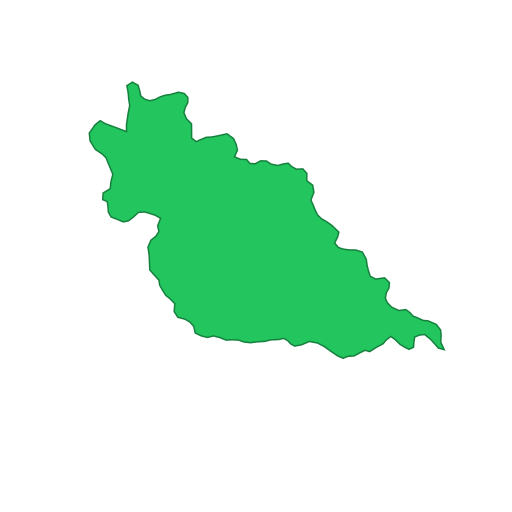 the district of Munhoz, Minas Gerais, Brazil, rotated 36°
{"feature_id": "56859067B13523271218385", "entity_name": "Munhoz", "entity_type": "district", "adm_level": 2, "iso_a3": "BRA", "parent_name": "Brazil", "parent_adm1": "Minas Gerais", "projection": "mercator", "projection_center": [-46.3, -22.635], "detail": "fine", "context": "isolated", "style": "filled", "palette": "green", "viewbox_px": 512, "rotation_deg": 36, "n_neighbors": 0, "source": "geoboundaries", "source_scale": "gbopen_adm2", "svg_char_len": 2393}
<svg xmlns="http://www.w3.org/2000/svg" viewBox="0 0 512 512"><g transform="rotate(36 256 256)"><path d="M53.8,188.0L51.4,194.1L56.5,198.9L60.7,203.8L65.3,208.4L68.6,215.5L74.1,226.0L78.1,231.5L62.7,235.7L56.1,237.6L50.4,238.1L48.7,244.5L48.9,254.6L54.1,260.4L63.4,264.2L71.7,263.9L76.9,264.7L92.1,274.0L95.2,281.6L98.5,287.2L95.3,294.9L98.9,300.5L103.6,299.4L107.1,302.9L110.7,307.2L115.8,309.6L122.2,307.9L128.6,306.4L132.1,302.6L134.0,296.3L135.2,289.9L139.9,285.9L144.2,284.3L150.7,282.2L156.7,281.6L158.7,289.4L163.1,293.3L163.4,298.9L161.7,305.0L163.4,312.3L169.2,318.3L173.4,323.6L178.3,329.7L185.4,331.3L191.7,332.6L195.2,336.2L200.9,338.8L206.3,340.9L211.2,341.1L218.3,342.3L222.5,349.1L228.8,351.5L235.9,348.8L241.6,348.3L247.1,349.6L252.1,354.0L258.7,352.8L264.6,350.4L268.5,345.7L274.6,343.3L281.3,341.6L286.1,337.7L291.5,334.2L296.9,332.6L302.5,329.4L307.7,324.5L313.3,319.9L317.3,315.1L323.4,310.3L326.8,306.4L331.4,305.8L335.8,306.7L340.3,306.1L345.0,301.1L349.4,293.8L357.0,290.2L364.8,289.1L372.1,289.1L381.0,288.8L386.6,287.5L389.3,283.2L394.0,279.3L396.9,273.4L399.6,268.2L404.2,266.5L407.0,259.3L410.4,252.3L410.7,247.4L412.4,241.8L417.7,241.8L424.3,242.8L430.0,242.4L434.6,241.6L437.1,237.3L434.2,232.6L432.0,228.3L434.6,224.0L438.6,220.4L446.4,220.8L453.0,222.2L457.7,223.3L463.3,221.1L456.2,217.2L452.3,211.3L448.9,207.4L442.0,205.4L433.4,207.3L429.0,209.9L423.4,211.0L418.4,212.3L413.8,211.3L408.7,211.3L403.7,216.1L395.7,217.7L389.8,216.6L385.6,214.3L383.0,209.1L382.4,203.8L379.6,199.1L372.9,198.1L366.3,204.4L360.2,205.2L355.2,201.5L351.4,198.3L347.1,193.8L339.7,190.3L333.2,192.5L328.0,196.2L322.6,199.1L317.7,200.7L312.0,199.3L310.9,192.8L309.0,188.0L304.5,187.4L299.9,186.7L293.4,186.7L287.1,187.4L281.7,186.6L277.1,184.2L272.9,181.6L267.5,178.4L265.4,170.4L260.2,165.4L252.8,165.2L248.6,159.3L242.7,158.0L237.7,162.0L232.4,162.7L227.5,162.0L223.6,165.9L220.5,169.9L214.3,172.8L208.6,173.0L203.8,176.3L201.1,181.9L196.7,184.7L191.6,183.5L186.6,186.9L180.3,188.4L178.8,181.3L174.4,177.4L168.7,174.2L160.7,174.2L154.6,181.1L150.1,185.9L145.9,189.3L143.0,194.1L140.4,198.6L134.6,198.4L130.1,192.3L126.1,186.9L119.1,185.9L113.4,182.4L111.4,177.3L110.7,172.1L107.7,167.8L102.4,166.7L97.0,169.1L91.8,175.7L87.9,179.4L84.9,183.7L82.5,188.5L78.8,192.8L74.1,194.5L68.8,194.3L64.9,190.8L60.3,187.2L53.8,188.0Z" fill="#22c55e" stroke="#15803d" stroke-width="1.5"/></g></svg>